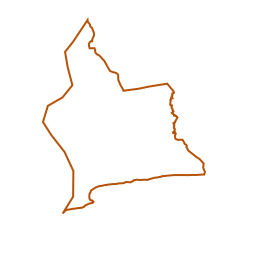 outline of Gomoa Central, Central, Ghana, rotated 12°
{"feature_id": "2480657B15531990631346", "entity_name": "Gomoa Central", "entity_type": "district", "adm_level": 2, "iso_a3": "GHA", "parent_name": "Ghana", "parent_adm1": "Central", "projection": "mercator", "projection_center": [-0.697, 5.353], "detail": "fine", "context": "isolated", "style": "outline", "palette": "amber", "viewbox_px": 256, "rotation_deg": 12, "n_neighbors": 0, "source": "geoboundaries", "source_scale": "gbopen_adm2", "svg_char_len": 5550}
<svg xmlns="http://www.w3.org/2000/svg" viewBox="0 0 256 256"><g transform="rotate(12 128 128)"><path d="M81.9,225.2L82.2,224.6L82.5,224.2L82.6,223.8L82.8,223.5L83.0,223.3L83.2,222.8L83.5,222.5L83.7,222.0L84.2,221.5L84.9,221.1L85.6,220.6L86.5,220.2L88.1,219.7L89.3,219.2L90.5,218.6L91.5,218.4L92.7,217.9L93.6,217.6L94.5,217.3L95.2,216.9L96.5,216.5L97.0,216.4L97.6,216.3L98.0,215.9L98.4,215.8L99.1,215.7L99.4,215.7L99.8,215.3L100.2,215.1L100.6,214.7L101.3,214.1L101.5,214.1L101.6,213.8L101.9,213.6L102.1,212.9L102.4,212.5L103.0,212.1L103.5,211.8L104.2,211.3L105.0,210.5L105.8,210.1L106.7,209.6L108.2,208.9L108.5,208.8L108.7,208.7L109.0,208.5L108.8,208.2L109.1,207.7L109.6,207.5L109.6,207.2L109.3,207.0L109.1,207.2L109.0,207.4L108.8,207.4L108.5,207.2L108.4,206.9L108.4,206.6L108.2,206.4L107.8,206.3L106.9,206.4L106.2,206.2L105.8,206.1L105.5,205.8L105.1,205.3L104.9,204.7L104.7,203.9L104.5,203.4L104.3,202.5L104.2,201.2L104.0,200.5L104.1,200.2L104.3,199.7L104.5,199.1L104.7,198.8L104.8,196.9L108.3,193.3L108.9,192.8L109.5,192.4L110.2,191.9L110.9,191.5L111.5,191.2L111.8,190.8L112.1,190.8L112.7,190.6L113.3,190.3L113.8,190.1L114.5,190.1L115.2,189.6L116.9,188.8L118.4,188.3L120.5,187.4L121.5,187.2L122.9,186.6L124.1,186.2L125.3,185.9L126.5,185.6L127.8,185.3L128.6,185.0L129.4,184.6L130.1,184.2L131.7,183.8L132.1,183.7L134.7,183.0L135.2,182.9L135.8,182.5L136.9,181.4L137.2,181.2L137.8,181.1L139.0,181.0L139.7,180.9L140.3,180.8L141.1,180.7L141.5,180.7L141.9,180.5L142.2,180.1L142.6,179.7L143.0,179.5L143.5,179.3L143.8,179.1L144.1,178.8L144.1,178.3L144.4,178.0L145.0,177.7L145.6,177.6L146.4,177.1L147.2,176.8L148.2,176.6L150.4,176.4L151.6,176.1L155.1,175.1L156.3,174.9L157.4,174.9L157.8,174.8L158.2,174.6L158.5,174.2L158.9,173.9L159.1,173.9L159.3,173.7L161.2,172.8L162.3,172.2L163.6,171.5L164.7,171.0L165.4,170.7L166.1,170.6L166.7,170.4L167.4,170.1L168.0,169.8L168.8,169.4L169.3,169.3L170.2,168.9L170.8,168.6L171.0,168.4L171.3,168.1L172.1,167.7L172.9,167.6L173.6,167.4L176.6,166.4L178.8,165.7L180.1,165.3L181.8,164.8L183.0,164.4L194.8,161.9L195.1,161.9L195.9,161.8L197.6,161.4L197.9,161.3L198.5,161.0L199.2,160.9L200.2,160.7L201.3,160.4L202.4,160.2L203.9,160.0L204.4,159.7L204.6,159.6L205.5,159.6L206.1,159.3L208.5,158.6L211.1,157.9L212.2,157.7L212.4,154.9L209.8,151.3L209.4,147.0L204.5,143.5L201.0,142.2L191.6,137.5L190.2,135.7L189.2,134.6L189.1,134.4L189.0,134.2L189.3,133.6L189.2,133.2L188.6,132.4L188.3,132.2L188.1,132.1L187.8,132.0L187.3,131.9L187.2,131.9L186.7,131.8L186.4,131.4L186.0,130.6L185.6,130.1L185.1,129.6L184.6,129.1L184.3,128.7L184.1,128.5L183.8,128.4L183.6,128.2L180.5,128.8L180.2,129.1L179.7,129.1L178.8,129.1L178.6,129.2L178.4,129.1L177.7,129.0L177.5,128.9L177.1,128.8L176.9,128.7L176.3,128.2L175.5,126.1L175.9,123.5L175.3,122.9L175.1,122.7L174.9,122.4L174.7,122.4L174.4,122.5L174.2,122.8L174.1,123.2L173.9,123.6L173.5,123.6L173.4,123.5L173.0,123.3L173.0,123.2L173.0,122.6L173.3,122.3L173.5,122.0L173.8,121.6L174.1,121.1L174.1,120.9L174.1,120.7L174.0,120.2L173.9,120.0L173.9,119.8L174.0,119.6L174.1,119.4L174.0,119.2L173.9,119.1L173.6,118.8L172.9,118.5L172.8,118.4L172.7,118.1L172.7,117.9L172.9,116.5L172.8,116.3L172.7,116.1L172.5,115.9L172.4,115.8L172.4,115.7L172.6,115.2L172.6,114.8L172.5,114.6L172.3,114.4L171.9,114.5L171.7,114.4L171.5,114.1L171.5,113.9L171.4,113.7L171.5,113.5L171.8,113.3L172.2,113.2L172.4,113.1L172.8,112.7L172.9,112.4L172.8,112.2L172.7,112.1L173.7,108.9L174.1,107.3L172.9,106.6L172.7,106.3L172.4,106.2L172.0,106.4L171.7,106.3L171.7,106.1L171.6,105.9L171.3,105.8L171.1,106.1L170.9,106.3L170.6,106.4L170.4,106.3L170.4,105.9L170.1,105.4L169.9,105.3L169.8,105.2L169.5,105.1L169.1,104.8L168.8,104.7L168.2,104.5L168.1,104.4L167.8,104.1L168.3,103.8L168.5,102.7L168.9,102.7L169.0,102.7L169.1,102.3L168.7,101.9L168.6,102.1L168.3,102.2L168.1,101.9L168.0,101.5L168.0,101.0L167.9,100.9L167.6,100.4L167.6,100.2L167.3,100.0L167.2,99.9L167.0,99.6L166.8,99.6L166.6,99.5L166.3,98.8L166.3,98.6L166.3,98.1L166.4,97.4L166.4,97.0L166.4,96.9L166.3,96.7L166.1,96.7L164.9,97.0L164.7,96.9L164.4,96.4L164.3,95.3L164.2,94.7L164.1,92.7L163.8,92.4L163.7,92.3L163.6,91.9L163.7,91.6L164.1,91.2L164.2,90.7L163.8,90.0L163.9,89.9L164.3,89.6L164.7,89.7L165.0,89.7L165.3,89.6L165.0,89.2L164.8,89.1L164.6,89.0L164.3,88.6L164.2,88.4L164.1,88.1L164.4,87.8L164.5,87.7L164.7,87.1L164.7,86.8L164.5,86.5L164.2,86.2L164.1,85.8L164.4,85.5L164.4,85.4L164.5,85.0L164.4,84.7L164.7,84.6L164.8,84.5L165.1,84.5L165.4,84.3L165.5,84.1L165.6,83.9L165.6,83.7L165.3,83.3L165.2,83.1L165.1,82.8L163.8,81.7L163.3,81.4L157.2,76.5L140.2,83.0L130.2,87.4L115.8,92.5L115.5,91.9L114.0,90.1L113.1,89.1L112.1,88.0L110.5,85.9L109.8,84.8L109.2,83.9L108.5,82.9L108.0,81.0L107.4,78.3L106.4,77.3L105.3,76.8L104.1,76.5L101.7,76.5L101.1,76.4L99.5,76.1L99.0,76.1L98.5,75.9L97.5,74.9L90.8,67.2L87.5,65.0L87.0,64.5L85.2,63.3L84.1,62.8L83.9,62.7L83.0,62.6L82.4,62.4L81.9,62.1L80.6,61.1L80.3,60.8L80.2,60.5L80.0,60.1L79.9,59.8L79.8,58.8L79.7,58.5L79.6,58.3L79.4,58.1L79.2,57.8L78.8,57.3L78.6,56.9L73.9,58.0L72.3,54.6L72.4,53.4L72.6,52.4L72.8,52.1L72.9,51.9L73.8,50.7L74.8,50.7L74.8,50.4L74.7,49.6L74.7,48.5L74.7,48.1L74.8,47.6L75.0,46.8L75.1,46.5L75.3,45.9L75.5,44.5L75.3,43.5L75.2,43.0L74.9,42.2L74.4,41.2L74.1,40.8L73.8,40.4L73.6,40.0L73.3,39.6L73.0,39.2L72.3,38.0L71.9,37.6L70.3,36.6L70.0,36.3L69.8,36.0L69.6,35.7L69.3,34.8L69.2,34.7L67.7,33.3L67.2,33.1L66.9,32.8L66.6,32.4L66.4,32.1L66.2,31.4L66.0,30.8L56.2,55.4L50.6,66.6L56.2,80.7L64.7,97.7L57.6,111.7L45.0,123.0L43.6,139.9L54.8,151.2L70.8,164.5L83.5,181.4L88.6,206.6L81.9,225.2Z" fill="none" stroke="#b45309" stroke-width="2"/></g></svg>